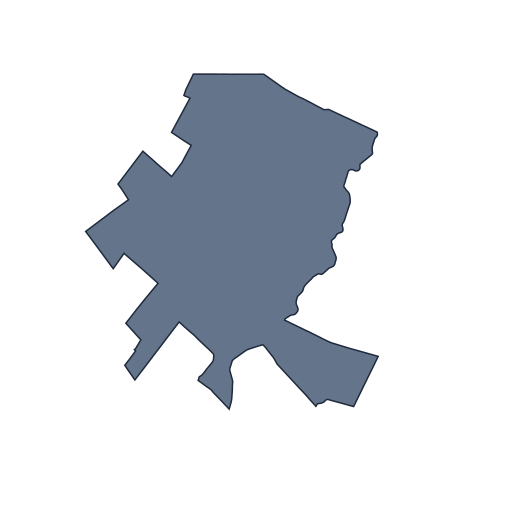 Zavoaia, Braila, Romania (Mercator projection), rotated 120°
{"feature_id": "2599482B8806992520419", "entity_name": "Zavoaia", "entity_type": "district", "adm_level": 2, "iso_a3": "ROU", "parent_name": "Romania", "parent_adm1": "Braila", "projection": "mercator", "projection_center": [27.485, 44.962], "detail": "fine", "context": "isolated", "style": "filled", "palette": "slate", "viewbox_px": 512, "rotation_deg": 120, "n_neighbors": 0, "source": "geoboundaries", "source_scale": "gbopen_adm2", "svg_char_len": 4648}
<svg xmlns="http://www.w3.org/2000/svg" viewBox="0 0 512 512"><g transform="rotate(120 256 256)"><path d="M402.0,202.7L399.6,203.3L397.2,203.9L394.8,204.5L392.3,205.4L383.8,209.5L380.7,211.3L376.4,213.4L374.9,214.7L367.9,221.8L366.1,222.5L358.5,224.2L356.2,223.6L353.7,222.4L350.1,220.8L344.8,218.4L342.0,217.0L339.6,215.1L337.4,213.1L334.8,210.8L329.4,205.7L330.4,202.2L331.7,199.1L335.4,189.8L336.7,187.5L338.6,184.5L339.3,182.9L340.5,179.0L342.1,173.7L342.6,172.1L344.2,166.9L345.9,161.6L347.5,156.3L349.1,151.2L350.6,146.0L351.9,142.0L353.8,136.5L355.8,130.3L356.3,129.0L355.8,128.9L354.3,129.0L353.2,128.8L350.8,125.9L348.8,124.3L345.4,123.3L344.6,122.5L344.3,122.0L344.0,121.3L344.0,120.7L341.6,111.7L338.5,99.7L337.9,97.5L337.6,96.2L335.6,96.3L327.2,96.9L320.8,97.3L314.4,97.8L312.2,97.9L307.6,98.2L307.1,98.3L301.9,98.6L285.8,99.7L281.8,100.0L282.6,103.0L287.1,120.8L288.9,127.6L293.5,147.4L294.0,152.2L294.3,156.8L294.4,158.0L294.4,159.3L295.0,168.5L295.0,168.8L295.4,174.8L295.5,174.9L295.8,179.3L295.8,179.5L296.4,187.8L296.4,188.1L296.6,190.1L296.6,190.4L297.2,199.2L296.8,199.3L295.6,199.3L290.0,196.4L288.9,195.2L287.7,193.7L286.9,193.1L285.7,192.7L283.5,192.4L282.6,192.4L281.0,193.0L279.9,194.0L278.7,195.7L277.4,197.2L276.3,198.0L275.1,198.5L273.2,199.1L270.9,199.7L270.0,199.7L264.8,198.3L263.3,198.1L261.6,198.3L259.4,198.9L257.4,198.9L255.4,198.5L252.9,197.9L248.4,196.6L245.3,196.0L240.4,193.3L240.0,192.7L239.4,190.7L238.9,189.9L238.4,189.5L237.1,189.0L229.8,186.6L227.0,184.4L226.3,184.0L225.7,183.8L223.7,183.7L222.1,184.2L219.7,184.7L217.9,185.4L216.8,186.2L214.6,189.0L210.9,194.1L209.7,195.0L208.2,195.8L207.3,196.5L206.3,197.6L205.4,198.1L204.4,198.2L203.6,198.0L202.3,197.4L201.0,197.0L200.0,196.9L197.8,196.9L197.1,196.9L196.0,196.5L195.3,196.2L193.2,194.3L192.6,193.9L191.9,193.5L191.4,193.4L190.6,193.5L190.0,193.7L189.3,194.0L188.7,194.5L186.9,196.2L185.9,197.0L184.4,197.2L182.4,197.1L180.9,197.3L178.8,197.7L174.5,198.7L167.1,200.2L163.1,201.0L161.8,201.6L159.5,203.0L156.7,205.2L155.3,206.6L154.5,208.3L153.6,211.1L152.6,213.1L152.3,214.2L151.6,214.8L150.5,215.3L148.2,215.7L146.5,216.0L144.7,216.6L142.4,217.0L140.5,217.5L138.6,217.9L136.9,218.4L135.7,218.4L134.9,218.1L133.8,217.1L133.2,216.0L132.9,215.3L132.7,214.5L132.8,213.3L132.5,212.3L132.1,211.6L131.6,210.8L130.9,210.2L130.1,209.9L129.2,209.7L128.2,209.8L127.3,210.2L126.4,210.8L125.7,211.3L125.1,211.6L124.3,211.7L123.4,211.3L122.1,210.9L119.7,210.0L116.4,208.7L110.5,206.5L109.7,206.3L108.9,206.4L108.3,206.7L106.9,207.8L104.1,209.6L103.2,210.0L95.1,211.8L91.4,211.2L90.9,211.2L89.6,211.9L88.8,212.4L88.1,213.1L88.3,215.5L89.6,230.0L90.5,240.7L90.5,240.9L91.5,251.5L91.5,251.9L92.2,260.0L92.5,263.1L92.5,263.3L92.7,266.3L95.3,270.3L95.4,273.1L95.4,273.4L95.7,280.1L95.9,286.1L96.3,294.6L96.3,295.0L96.6,296.7L96.8,301.3L97.0,314.9L96.8,315.4L96.8,316.7L96.8,318.0L96.5,320.7L96.2,323.4L96.0,326.0L94.7,340.0L95.6,341.9L99.1,347.8L102.0,352.9L106.1,360.0L106.8,361.3L107.5,362.4L107.9,363.0L109.5,365.8L110.7,367.9L111.2,368.8L118.6,381.8L129.8,401.2L147.2,399.9L153.0,398.7L152.9,397.9L153.0,397.7L153.0,397.0L152.8,396.4L152.7,396.2L152.3,392.1L177.3,391.4L191.0,391.0L191.2,390.9L191.7,383.2L192.2,376.0L192.6,367.4L205.7,367.1L211.8,366.8L212.0,366.8L229.4,368.8L228.3,373.7L227.7,376.7L226.4,383.9L225.0,390.8L224.9,390.9L223.3,399.0L221.8,406.4L246.0,409.4L262.7,411.5L265.5,405.2L271.0,394.6L274.5,396.1L287.0,401.8L289.3,402.8L319.9,415.8L325.8,402.1L329.5,393.6L338.4,373.3L319.7,371.6L320.0,370.2L324.3,347.7L327.0,334.9L328.5,327.6L328.6,327.2L348.6,330.6L359.6,332.3L360.4,332.5L361.5,332.6L370.4,333.8L379.3,335.1L386.2,313.8L396.4,314.0L398.0,314.5L398.1,313.9L398.4,312.8L399.3,312.9L409.9,314.1L410.3,314.2L414.8,314.8L416.3,315.0L416.5,314.4L417.0,313.4L417.3,312.9L419.9,307.4L423.5,299.8L423.9,298.9L421.2,298.6L420.6,298.5L412.8,297.5L411.6,297.3L399.3,295.7L394.2,295.1L378.3,293.0L378.0,293.0L351.6,289.6L351.8,289.0L351.8,288.6L352.8,283.9L353.0,283.3L354.7,274.5L354.8,274.1L355.6,269.6L357.1,264.4L357.2,264.2L357.3,263.6L357.9,261.1L359.4,254.6L360.5,249.7L360.6,249.4L361.9,244.6L362.2,243.8L362.5,243.5L362.8,243.3L363.7,242.6L364.2,242.3L364.4,242.2L366.4,241.4L367.5,240.9L367.8,240.8L368.7,240.7L369.2,240.7L370.4,240.9L372.7,241.2L376.3,241.8L378.4,242.2L382.2,242.6L382.5,242.7L382.9,242.7L386.5,243.4L388.5,244.5L389.0,244.7L389.5,244.7L390.4,244.4L392.7,243.9L393.2,239.0L393.3,238.4L393.9,232.7L394.1,230.0L394.2,229.3L394.1,228.6L395.8,224.0L395.9,223.6L397.5,217.9L399.5,211.0L399.7,210.4L401.0,205.9L401.3,205.0L401.6,204.1L401.8,203.2L402.0,202.7Z" fill="#64748b" stroke="#1e293b" stroke-width="1.5"/></g></svg>